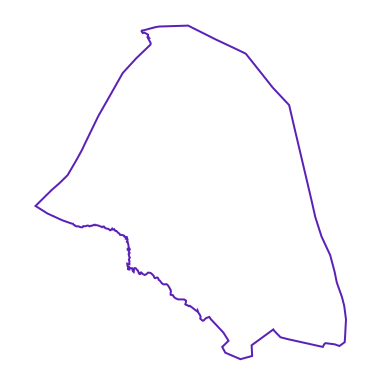 outline of San Cristóbal Amoltepec, Oaxaca, Mexico, rotated 271°
{"feature_id": "50627088B93065447569005", "entity_name": "San Cristóbal Amoltepec", "entity_type": "district", "adm_level": 2, "iso_a3": "MEX", "parent_name": "Mexico", "parent_adm1": "Oaxaca", "projection": "albers", "projection_center": [-97.593, 17.286], "detail": "fine", "context": "isolated", "style": "outline", "palette": "violet", "viewbox_px": 384, "rotation_deg": 271, "n_neighbors": 0, "source": "geoboundaries", "source_scale": "gbopen_adm2", "svg_char_len": 3594}
<svg xmlns="http://www.w3.org/2000/svg" viewBox="0 0 384 384"><g transform="rotate(271 192 192)"><path d="M356.3,152.9L352.9,141.0L352.5,139.0L351.8,138.8L350.1,140.0L350.5,141.7L348.6,145.3L346.9,145.2L345.5,146.3L345.5,145.1L340.2,148.1L338.6,147.9L324.7,133.9L317.9,127.9L309.8,120.7L291.0,110.5L266.3,97.0L255.5,92.0L237.4,83.6L232.6,81.5L222.3,76.1L206.6,67.3L205.4,66.1L198.4,59.2L191.8,51.9L177.9,38.3L175.3,35.8L168.0,47.8L161.5,62.7L159.0,70.2L158.7,70.9L158.1,73.6L157.4,74.0L156.7,75.4L156.3,75.5L155.6,77.2L155.7,79.4L155.2,80.1L154.9,81.2L154.8,83.1L156.0,83.9L155.9,85.1L156.0,86.4L156.6,87.8L156.5,88.5L156.5,89.1L155.9,89.9L156.0,90.7L156.6,91.7L156.4,92.4L157.0,93.5L157.6,95.3L157.1,95.6L157.2,97.2L156.7,99.3L156.2,100.6L155.3,102.6L155.6,102.7L155.9,103.6L155.9,104.6L155.8,104.8L155.0,105.0L154.4,106.1L153.9,107.2L153.8,108.6L153.1,109.8L152.3,110.7L152.4,111.4L154.0,112.8L153.1,113.4L153.0,114.0L153.5,114.8L151.8,116.0L151.7,117.1L151.0,117.9L150.3,118.4L149.1,120.1L147.9,120.8L147.8,122.1L147.9,122.4L147.5,123.9L147.3,124.6L146.9,125.1L146.4,125.0L145.9,125.7L145.6,126.6L145.9,127.0L145.8,127.4L145.7,127.7L144.6,127.3L144.4,126.7L144.1,126.6L144.0,127.0L144.2,127.5L144.2,128.0L143.5,128.4L141.8,128.1L141.3,127.7L141.0,127.7L140.8,127.9L140.9,128.6L139.0,129.0L138.7,129.1L137.9,129.4L136.6,129.5L135.8,129.5L134.8,130.2L133.9,128.6L133.5,128.6L133.6,129.0L134.2,130.0L134.0,130.5L133.5,130.8L132.9,130.6L132.1,129.6L130.7,130.0L130.1,130.7L129.4,130.4L129.2,130.0L128.8,129.7L125.9,130.5L125.5,130.9L125.4,131.0L123.9,130.3L123.4,130.1L122.6,130.2L121.9,130.7L121.1,130.6L118.6,130.7L118.5,130.2L119.0,129.4L119.2,128.7L118.5,128.8L118.6,128.6L117.1,128.8L116.7,128.9L116.2,129.2L116.1,129.4L114.6,129.4L115.4,130.5L115.1,130.5L114.4,129.3L114.2,129.3L113.5,129.9L113.4,130.3L113.4,130.7L114.3,130.7L114.9,131.5L114.7,132.2L114.7,133.5L114.0,133.6L113.9,133.7L112.8,133.9L112.6,134.0L111.8,134.3L111.0,135.1L111.4,135.2L112.2,135.2L113.2,135.3L114.7,135.6L114.9,136.0L114.9,136.8L114.2,137.7L113.5,138.1L112.8,138.8L112.6,139.2L111.3,139.7L110.2,140.1L109.5,140.5L109.0,141.1L109.1,141.5L109.9,141.4L110.4,141.7L110.6,142.1L110.7,142.7L110.3,143.2L109.6,143.5L109.1,144.2L108.4,145.8L108.2,146.2L108.4,146.6L108.9,147.5L109.5,148.4L110.2,149.0L110.6,149.4L110.6,150.4L110.3,152.0L109.6,153.0L108.2,154.5L107.5,155.1L106.8,155.5L105.8,155.8L105.3,156.3L105.2,156.6L105.5,157.3L105.9,158.8L105.5,159.4L105.0,159.8L103.6,160.2L103.0,161.2L100.7,163.1L100.3,163.4L99.9,163.9L99.6,164.3L99.3,165.0L99.1,165.5L99.4,168.2L98.7,169.0L98.1,169.7L97.0,170.4L95.2,171.5L94.4,171.8L94.0,172.3L93.4,172.3L92.3,172.7L90.6,172.4L89.4,172.4L88.9,172.4L88.8,172.6L88.6,174.5L88.1,175.1L87.4,175.2L86.4,176.2L85.5,177.3L84.4,180.0L84.4,182.6L84.4,186.1L83.3,187.9L81.3,187.8L80.1,187.4L79.5,187.3L79.0,188.1L78.8,189.2L77.8,190.7L77.8,191.1L78.2,191.8L75.5,195.5L72.7,199.2L73.7,199.6L71.6,200.4L69.3,202.0L67.5,202.8L66.0,202.5L65.5,202.5L63.5,204.8L63.7,205.9L65.3,207.4L66.3,208.4L66.6,209.4L67.4,211.5L65.2,213.0L57.0,221.0L51.9,225.9L43.9,231.1L39.7,227.0L37.6,224.9L31.9,228.1L25.7,243.3L29.1,255.0L39.8,254.3L56.0,275.7L54.9,276.4L48.3,283.0L46.5,290.6L39.4,325.5L42.2,326.9L43.2,328.1L42.2,337.3L40.6,342.1L44.5,347.3L50.6,347.6L62.1,348.0L67.2,348.2L80.7,346.2L89.5,343.8L104.2,338.3L114.6,336.0L131.2,331.3L149.7,322.3L169.1,315.7L185.9,311.6L207.6,306.1L257.1,293.5L280.6,287.6L285.7,282.6L297.9,270.8L309.0,261.7L331.2,243.4L335.4,234.3L345.2,212.5L349.2,204.2L358.3,185.2L357.9,177.3L356.9,156.6L356.3,152.9Z" fill="none" stroke="#5b21b6" stroke-width="2"/></g></svg>